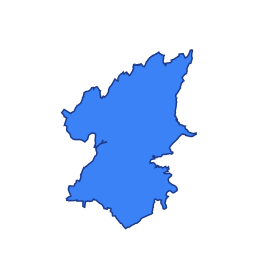 Aiud, Alba, Romania, rotated 110°
{"feature_id": "2599482B674041573443", "entity_name": "Aiud", "entity_type": "district", "adm_level": 2, "iso_a3": "ROU", "parent_name": "Romania", "parent_adm1": "Alba", "projection": "natural_earth1", "projection_center": [23.671, 46.302], "detail": "fine", "context": "isolated", "style": "filled", "palette": "blue", "viewbox_px": 256, "rotation_deg": 110, "n_neighbors": 0, "source": "geoboundaries", "source_scale": "gbopen_adm2", "svg_char_len": 5808}
<svg xmlns="http://www.w3.org/2000/svg" viewBox="0 0 256 256"><g transform="rotate(110 128 128)"><path d="M147.3,188.7L146.9,187.8L147.2,186.4L148.1,185.6L150.0,185.3L151.5,184.5L153.5,180.5L156.3,178.3L157.1,175.9L157.1,174.1L155.5,169.8L155.0,167.6L155.9,163.8L152.3,162.1L148.5,162.5L146.7,161.7L145.1,160.1L144.5,158.0L144.8,156.6L146.1,155.9L151.1,154.6L153.3,153.3L155.1,153.1L157.6,153.2L157.7,152.2L156.5,151.9L157.1,151.1L156.0,150.7L154.0,149.6L151.6,148.1L151.3,147.8L151.4,147.4L151.1,147.1L149.6,147.5L147.6,147.2L149.6,147.4L151.1,147.1L148.8,144.1L148.6,144.1L148.7,143.7L151.4,147.4L151.6,148.0L153.9,149.5L157.2,151.1L157.3,150.8L158.4,150.9L159.9,150.4L161.5,148.9L162.7,148.5L164.0,148.4L165.0,148.7L165.9,149.4L171.1,149.8L175.4,152.5L178.2,153.9L178.1,154.1L178.5,154.4L180.7,155.6L180.5,156.0L184.4,156.2L187.0,156.0L187.3,156.0L187.3,156.4L188.2,156.3L189.1,156.2L189.4,155.7L190.7,155.4L194.7,155.3L194.4,157.3L195.0,158.5L197.4,158.0L199.0,159.0L200.2,158.7L200.9,158.8L201.6,159.8L202.1,162.4L202.8,163.6L204.2,163.2L204.3,163.4L206.2,163.0L210.8,159.0L211.7,158.4L212.7,159.5L213.1,160.3L214.1,160.7L215.3,161.7L215.6,161.7L216.2,160.8L216.8,160.7L216.3,158.9L216.6,158.8L215.9,156.8L215.7,156.8L214.7,153.9L213.2,151.4L214.1,151.0L212.1,145.3L217.0,143.6L217.3,142.6L217.3,141.6L211.5,142.8L210.3,140.4L210.3,139.6L209.2,137.1L208.9,136.8L206.5,136.0L207.0,135.4L206.7,133.5L208.4,128.8L208.8,126.2L211.1,123.4L211.9,123.0L211.4,119.7L210.0,120.0L209.5,116.5L210.7,116.1L212.0,116.3L212.9,114.7L213.3,113.5L214.2,113.3L215.9,112.4L215.0,110.0L216.7,108.0L219.4,103.5L220.1,102.4L219.9,101.5L220.4,100.4L221.5,99.2L223.3,95.8L221.2,94.3L220.6,92.9L220.0,92.3L218.2,91.3L216.8,89.8L215.0,88.4L214.7,87.5L214.3,87.1L211.3,85.1L209.2,84.8L207.9,84.2L202.5,78.6L200.9,76.7L199.7,75.9L198.2,76.8L196.8,76.8L194.7,77.4L193.7,77.1L193.1,77.6L189.9,78.1L188.5,77.6L187.1,78.5L185.8,78.6L185.4,77.1L185.9,76.0L185.8,75.1L184.5,73.6L184.5,71.8L186.2,71.8L187.1,71.5L189.1,69.1L191.8,67.3L191.8,66.1L189.8,64.6L187.9,65.6L185.7,67.8L184.8,67.6L182.3,68.0L180.6,67.7L179.9,67.1L178.5,66.7L178.6,68.7L177.5,69.5L175.3,69.4L172.9,68.1L172.7,66.1L173.5,64.2L173.3,62.9L170.0,60.5L168.5,60.9L167.0,62.4L166.3,64.2L166.0,67.6L165.0,70.9L162.9,72.5L161.1,72.7L158.1,70.8L157.1,71.0L156.3,73.5L158.0,76.7L158.2,77.9L157.8,79.0L156.3,77.5L155.1,75.6L153.9,76.7L152.6,75.5L151.0,76.5L151.4,76.6L151.2,77.0L152.4,78.2L151.2,79.4L151.3,79.7L153.9,81.9L153.4,82.4L153.1,83.5L154.2,85.4L153.5,85.8L155.5,88.6L154.4,88.2L153.7,86.9L153.1,87.0L153.2,87.7L153.5,88.3L153.4,89.6L152.2,90.8L152.0,91.9L152.5,93.7L153.4,94.8L153.3,95.4L150.4,95.8L149.4,95.1L147.8,92.3L146.2,93.1L146.9,93.8L147.3,93.9L145.8,95.0L145.2,94.3L146.1,92.9L146.0,90.8L145.1,90.6L144.8,90.2L143.6,87.2L143.0,86.8L141.1,86.4L140.1,84.1L139.9,84.0L139.6,82.7L139.1,82.7L138.6,81.2L137.6,79.9L137.6,78.1L137.2,77.7L136.3,77.4L135.5,77.5L135.4,79.5L135.2,79.9L134.1,80.4L133.2,81.8L131.6,82.3L127.2,80.7L123.5,78.8L120.3,77.4L119.3,77.3L116.0,75.5L114.8,74.5L114.9,73.8L114.6,71.5L115.2,71.2L114.5,65.8L113.7,64.3L112.2,63.4L110.6,61.8L109.4,62.3L111.0,64.7L111.2,68.8L110.9,70.0L109.7,71.5L109.4,72.4L109.6,72.8L108.8,74.0L107.5,75.0L106.7,74.8L107.2,77.1L106.7,77.6L106.9,78.3L106.9,80.2L107.2,80.5L106.8,80.7L106.9,81.4L106.5,81.9L105.8,81.7L105.3,82.8L104.9,84.4L104.2,84.1L103.2,84.6L103.7,84.9L103.8,85.6L102.7,85.6L100.8,87.0L100.6,87.8L100.7,88.2L98.7,88.4L97.3,88.7L96.5,89.3L91.2,90.2L88.3,91.1L87.1,91.1L85.9,92.0L84.9,92.4L83.4,92.5L83.5,92.8L83.3,93.0L81.4,94.3L79.9,94.0L79.8,94.4L78.4,93.6L72.3,92.4L71.4,92.9L67.5,93.2L66.5,92.4L65.7,92.5L65.3,92.4L64.5,91.6L62.2,94.5L58.3,93.0L56.8,91.8L54.2,92.0L52.0,93.0L51.0,93.0L46.8,92.6L46.4,92.4L45.8,91.2L44.2,91.2L40.4,91.5L39.1,92.6L36.4,93.5L33.2,93.9L32.7,94.7L33.8,96.1L34.6,95.9L37.4,96.0L40.6,96.6L42.7,98.2L41.5,99.3L40.2,100.9L39.3,101.6L41.0,105.2L41.9,105.1L42.5,104.6L43.4,104.7L43.3,105.2L43.5,105.5L44.4,105.8L46.8,107.8L47.4,107.9L49.5,110.6L50.8,109.6L52.1,110.5L54.2,114.5L55.4,114.0L56.4,114.1L55.9,114.9L54.9,115.7L54.8,116.0L55.1,116.6L54.5,117.3L52.9,118.0L50.6,118.3L49.2,119.0L47.4,118.8L47.7,119.8L47.6,121.7L47.2,122.9L47.3,123.7L46.2,125.0L48.3,126.3L48.3,126.7L49.8,127.7L51.0,129.1L51.5,129.2L51.5,129.7L52.7,130.3L53.3,130.9L54.2,131.1L54.7,131.7L55.6,131.8L56.4,132.4L57.5,132.3L57.8,132.7L58.9,132.9L59.5,133.4L60.1,133.1L61.6,133.4L63.3,133.3L64.8,133.6L64.7,135.6L63.9,136.4L63.2,137.7L63.3,137.9L64.6,138.4L64.4,139.0L65.2,139.3L64.9,139.9L65.8,140.3L65.7,140.7L65.4,140.6L65.3,141.0L65.8,141.8L66.0,141.6L66.8,143.1L65.9,143.5L66.5,144.3L69.0,144.1L69.7,143.8L70.2,142.9L71.6,143.3L72.7,143.0L74.5,143.6L77.1,144.0L78.0,144.4L78.3,145.0L77.3,145.8L77.1,146.3L77.5,147.3L77.0,147.5L77.0,147.8L76.5,148.3L76.1,148.1L76.0,148.5L77.0,149.5L78.6,150.2L78.5,151.0L77.2,151.7L78.5,152.1L80.2,153.4L81.9,154.1L84.5,154.4L85.9,154.1L87.2,153.5L87.3,154.5L86.5,157.0L92.3,157.9L95.1,158.7L95.9,159.2L98.2,159.3L100.4,158.8L101.6,158.8L104.8,159.3L106.0,160.2L106.1,160.5L105.9,160.6L106.7,160.4L107.0,160.6L106.6,161.3L106.9,161.7L106.7,162.1L107.4,162.1L107.5,162.4L108.8,162.6L108.9,162.9L108.2,163.3L108.2,163.7L108.6,164.3L106.5,165.2L105.8,165.8L103.6,166.6L102.5,166.6L102.2,168.1L101.5,168.8L99.8,171.2L100.2,171.6L100.5,172.3L101.0,172.4L101.8,173.2L102.9,173.5L101.7,174.0L101.8,174.7L102.6,175.5L102.7,176.0L104.4,176.2L106.4,177.3L107.1,178.1L107.9,179.7L109.8,181.4L111.3,180.9L111.5,181.0L113.7,180.7L113.8,180.4L114.3,180.6L114.3,180.9L115.0,181.1L116.6,180.6L117.3,180.8L118.8,180.7L121.2,181.1L123.9,182.9L124.2,183.5L125.0,183.5L126.9,184.1L130.5,184.2L133.3,186.7L134.0,186.8L132.4,194.4L136.3,195.5L137.6,193.0L139.2,191.7L139.3,189.7L139.5,189.8L139.8,189.0L147.3,188.7Z" fill="#3b82f6" stroke="#1e3a8a" stroke-width="1.5"/></g></svg>